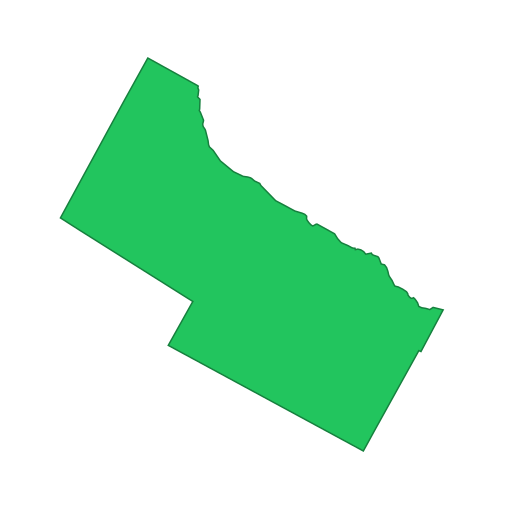 map outline of Kavango (Mercator projection), rotated 29°
{"feature_id": "NAM-3354", "entity_name": "Kavango", "entity_type": "Region", "adm_level": 1, "iso_a3": "NAM", "parent_name": "Namibia", "parent_adm1": "", "projection": "mercator", "projection_center": [19.863, -18.289], "detail": "fine", "context": "isolated", "style": "filled", "palette": "green", "viewbox_px": 512, "rotation_deg": 29, "n_neighbors": 0, "source": "natural_earth", "source_scale": "10m", "svg_char_len": 1604}
<svg xmlns="http://www.w3.org/2000/svg" viewBox="0 0 512 512"><g transform="rotate(29 256 256)"><path d="M65.4,135.3L82.6,135.3L115.3,135.3L122.1,135.3L123.1,135.4L123.3,136.2L123.8,137.4L124.6,137.9L125.4,138.6L127.5,143.7L127.7,145.1L128.1,145.3L131.1,146.2L135.5,154.8L135.9,156.3L137.6,157.2L144.3,162.7L144.7,163.7L145.3,166.1L146.0,167.3L147.2,168.5L149.6,169.7L150.8,170.5L158.1,178.3L160.6,181.7L162.4,183.2L167.3,184.4L178.7,190.1L195.3,193.2L206.1,192.6L210.5,190.9L213.2,190.3L214.6,190.3L218.4,191.1L224.1,190.7L226.1,192.0L246.4,198.1L268.2,197.8L275.5,196.2L278.4,195.9L281.0,196.6L282.2,199.0L283.3,199.9L286.0,201.2L288.9,202.1L290.9,202.3L291.6,201.6L293.1,199.1L293.9,198.5L314.0,198.5L318.8,201.2L323.2,202.8L324.5,203.0L331.9,202.3L335.4,202.3L337.0,202.1L338.8,201.2L339.8,202.3L341.7,200.6L344.7,199.8L348.1,200.0L351.1,201.2L355.5,197.5L356.9,198.4L358.7,198.3L362.9,197.5L364.4,198.1L369.4,202.3L372.7,201.4L375.8,202.8L378.7,205.4L381.2,208.2L382.5,209.2L386.8,211.4L390.5,214.1L392.1,215.0L395.3,214.1L400.4,213.9L405.0,214.3L407.0,215.4L407.9,216.5L410.1,217.5L412.1,217.8L413.1,217.3L414.0,216.1L416.2,216.7L420.0,218.6L422.8,221.2L426.1,220.9L429.9,219.5L434.0,218.6L435.8,215.1L445.8,212.4L446.6,259.6L444.3,259.8L444.3,263.6L444.3,269.1L444.3,274.5L444.3,280.0L444.3,285.5L444.3,291.0L444.3,296.5L444.3,302.0L444.3,307.4L444.3,312.9L444.3,318.4L444.3,323.9L444.3,329.4L444.3,334.9L444.3,340.4L444.3,345.9L444.3,351.4L444.4,368.2L444.4,374.5L222.6,376.7L222.8,326.4L90.1,319.0L66.5,317.5L65.4,185.6L65.4,135.3Z" fill="#22c55e" stroke="#15803d" stroke-width="1.5"/></g></svg>